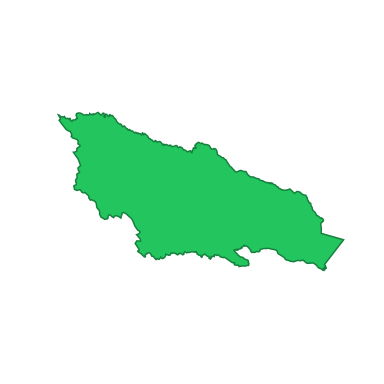 Tonila, Jalisco, Mexico (Equal Earth projection), rotated 143°
{"feature_id": "50627088B95272323140110", "entity_name": "Tonila", "entity_type": "district", "adm_level": 2, "iso_a3": "MEX", "parent_name": "Mexico", "parent_adm1": "Jalisco", "projection": "equal_earth", "projection_center": [-103.536, 19.429], "detail": "fine", "context": "isolated", "style": "filled", "palette": "green", "viewbox_px": 384, "rotation_deg": 143, "n_neighbors": 0, "source": "geoboundaries", "source_scale": "gbopen_adm2", "svg_char_len": 6124}
<svg xmlns="http://www.w3.org/2000/svg" viewBox="0 0 384 384"><g transform="rotate(143 192 192)"><path d="M106.5,98.4L106.0,101.5L106.5,104.4L106.2,105.9L105.4,107.2L105.1,109.8L104.1,111.2L104.2,112.1L104.9,112.7L105.0,113.3L104.5,113.9L104.5,115.9L103.5,118.1L103.1,120.9L104.2,122.1L105.5,124.3L105.7,126.5L107.1,128.7L108.0,129.3L110.8,129.2L111.2,130.6L112.0,135.5L115.4,136.6L117.5,138.1L119.1,140.0L119.8,141.9L120.5,142.6L120.3,144.4L121.0,145.4L121.2,147.5L122.2,148.8L122.5,150.4L123.0,150.9L122.9,151.3L123.5,151.7L124.2,151.3L124.4,152.7L125.7,153.1L125.8,154.0L127.3,155.2L128.9,158.7L130.5,160.2L130.6,162.0L133.0,164.9L133.6,166.7L136.3,169.0L137.1,172.7L136.6,175.3L136.7,176.0L138.6,177.4L139.1,178.6L140.3,180.1L144.5,181.2L145.3,182.3L145.4,183.1L145.1,183.8L145.4,184.3L145.7,188.3L146.2,189.3L145.9,195.0L145.5,197.2L146.3,198.4L146.2,199.6L146.4,200.6L147.3,201.2L148.0,203.8L149.2,206.4L147.6,209.6L147.2,211.2L147.4,212.4L148.2,213.5L149.2,213.5L150.4,214.3L150.7,215.4L150.3,218.4L150.6,219.5L152.1,221.4L153.8,222.7L154.5,225.0L155.9,225.4L156.7,227.5L157.0,227.8L159.6,228.0L160.3,227.2L161.5,227.6L161.9,227.1L162.1,225.3L162.4,224.7L163.0,224.8L163.7,226.2L164.3,226.3L168.4,223.5L168.8,223.8L168.9,224.6L168.2,225.7L170.2,226.6L171.5,226.7L172.3,229.8L173.4,230.7L173.3,233.6L174.5,235.4L176.3,235.6L176.5,236.1L176.2,237.8L176.8,238.8L179.3,239.4L180.9,240.8L180.9,242.1L181.2,242.6L182.3,242.7L182.8,243.2L184.0,245.5L185.3,245.9L185.7,247.1L186.1,247.2L186.6,246.6L186.9,246.9L187.0,247.5L186.8,248.8L187.1,251.2L187.4,251.8L190.0,252.9L189.9,254.1L190.4,255.2L191.2,254.7L192.3,255.4L192.6,256.3L192.6,257.4L193.4,259.0L193.5,260.0L194.2,260.7L193.8,263.3L194.6,267.0L195.5,266.9L195.9,267.7L196.5,267.3L196.6,268.0L195.8,268.7L195.9,269.0L198.1,268.2L198.2,269.6L198.5,270.1L199.8,270.9L199.6,271.5L200.5,271.9L200.4,272.5L200.9,272.7L201.0,273.5L202.3,273.7L202.8,276.4L203.8,277.3L203.8,278.4L204.6,278.8L204.6,279.6L205.7,279.9L205.5,281.2L206.1,281.7L206.4,285.6L208.2,285.9L207.9,288.6L208.2,289.4L209.2,290.1L209.5,291.6L209.7,293.5L209.1,296.3L209.6,297.2L209.5,300.5L209.8,301.2L210.6,301.5L210.9,303.1L211.7,303.3L212.1,302.4L213.5,302.7L213.4,305.4L214.1,306.1L215.0,305.6L216.2,304.2L216.8,304.2L217.0,305.2L216.0,305.9L215.0,307.7L215.1,308.1L216.0,308.6L217.8,308.0L218.6,308.5L219.1,312.1L223.3,312.9L223.6,313.5L224.0,313.1L224.6,313.2L224.8,314.2L226.1,314.7L226.5,316.2L227.1,315.6L228.5,315.8L229.7,317.4L231.1,317.6L232.0,318.6L233.4,321.8L234.7,323.2L236.9,324.1L237.7,323.7L238.6,322.5L239.0,321.2L239.0,320.5L239.5,319.7L240.3,320.2L241.9,319.9L243.9,321.2L245.3,320.7L246.0,322.3L245.2,323.2L245.1,324.2L245.4,324.4L246.2,324.1L246.9,325.6L248.3,326.4L248.6,326.8L248.5,329.0L249.4,328.7L249.9,329.9L251.0,330.5L251.7,331.8L251.7,333.1L252.3,334.0L252.7,331.0L253.2,329.4L254.9,329.3L255.0,327.0L254.9,318.1L254.3,315.9L252.8,313.5L253.6,309.8L254.9,309.3L255.1,308.4L254.5,306.5L253.4,305.1L252.2,303.0L252.1,301.9L253.2,299.9L254.1,299.2L254.0,298.3L253.5,297.7L253.3,296.6L253.8,296.1L257.7,296.1L259.3,294.0L261.9,294.5L262.8,295.1L263.1,286.7L265.1,280.2L268.4,279.9L269.0,279.2L269.8,277.3L269.7,275.8L270.1,275.2L272.6,275.7L273.4,275.4L275.1,272.5L277.8,271.6L278.8,270.0L279.1,268.5L280.2,267.4L282.3,268.1L282.9,267.8L283.4,266.3L284.3,264.9L282.9,262.4L280.2,261.4L279.9,260.2L280.1,258.2L279.4,256.8L277.7,255.8L277.0,251.6L277.2,250.4L278.0,249.2L278.1,246.7L277.0,246.4L275.2,243.2L275.2,240.8L277.1,237.3L277.4,235.8L277.1,233.4L278.0,231.3L279.2,229.8L279.8,226.6L278.7,224.4L278.2,222.7L275.8,221.5L275.0,221.6L273.4,223.3L272.4,223.6L271.3,223.3L270.7,220.2L270.0,218.7L269.0,219.2L267.1,219.1L265.4,216.7L264.5,214.0L260.3,217.2L258.7,216.6L257.6,213.9L257.1,210.7L256.3,207.3L256.6,204.7L258.1,199.2L258.3,194.7L258.2,193.6L257.4,192.5L257.6,191.3L259.7,190.5L261.9,191.3L261.6,185.7L262.6,183.7L265.5,186.2L268.3,185.1L268.8,178.3L269.3,177.3L270.7,177.5L271.1,177.0L269.9,173.7L269.1,168.8L268.3,168.3L267.8,168.8L267.8,169.5L267.3,169.8L265.7,170.1L265.1,169.7L264.2,170.2L262.4,168.7L262.4,168.0L262.1,167.6L262.8,165.0L261.7,163.9L261.5,159.8L261.3,159.6L260.5,160.1L258.8,158.1L258.4,157.9L256.2,158.8L255.9,156.8L255.2,156.8L254.8,156.2L252.9,156.4L251.2,157.1L250.3,158.0L248.7,155.5L247.2,154.8L245.8,155.7L244.8,155.5L244.7,154.9L243.2,154.5L242.2,152.5L241.8,152.4L241.6,150.8L240.6,150.3L239.8,150.6L239.4,150.3L238.4,150.4L237.4,148.5L237.2,147.4L236.0,147.2L234.7,148.5L233.8,148.7L232.9,146.7L232.0,146.6L231.9,146.2L230.4,145.3L228.0,144.4L225.8,142.1L225.6,142.3L224.6,142.0L224.9,139.9L225.3,139.4L224.6,137.6L223.7,136.8L223.7,134.2L222.8,134.1L221.9,135.3L219.7,134.6L219.3,134.8L218.3,131.4L217.5,130.5L217.7,129.1L218.2,128.9L217.7,127.4L216.4,127.7L216.4,128.4L215.7,128.4L215.3,128.8L214.4,127.9L213.5,128.1L213.0,127.1L212.2,128.2L211.6,128.3L210.3,126.4L209.1,126.2L208.6,125.2L208.5,123.5L206.6,120.8L205.2,120.1L202.4,111.4L201.5,110.4L200.6,110.2L200.5,109.9L201.8,108.8L201.9,108.1L199.0,105.5L199.0,104.6L199.3,104.2L196.1,102.5L193.7,100.6L192.3,100.3L191.0,99.3L189.5,100.7L189.5,101.6L188.4,103.2L188.5,104.2L190.3,106.6L190.7,109.1L192.5,111.2L193.1,113.5L193.1,115.0L193.7,118.7L193.4,120.3L192.0,119.9L192.0,119.4L191.2,119.3L191.4,118.8L190.6,118.3L190.5,119.0L190.2,118.9L189.7,118.5L189.9,118.1L188.6,118.1L187.7,117.5L186.6,117.9L186.1,117.2L185.5,117.9L184.4,117.7L182.4,118.0L182.3,117.7L182.6,117.2L181.5,116.7L180.4,114.7L180.2,110.7L180.8,109.0L180.6,107.8L178.2,106.0L175.9,105.4L174.6,104.0L173.3,104.0L172.1,105.0L168.4,103.6L166.8,102.1L165.3,101.5L159.9,95.2L159.5,93.9L160.4,91.2L157.8,84.4L157.9,82.0L157.7,81.2L156.0,79.1L155.2,77.6L152.6,75.0L149.5,74.1L147.8,73.0L147.0,71.9L144.3,70.8L143.3,66.4L142.8,65.6L137.8,62.3L136.7,58.9L136.6,55.3L135.0,52.7L134.5,50.6L133.8,50.0L133.7,50.3L134.1,51.7L133.5,51.8L132.4,50.4L131.7,52.2L131.1,52.2L130.9,50.5L130.6,50.4L130.4,50.8L129.6,54.4L99.7,62.6L113.7,81.2L110.7,85.0L108.4,89.0L107.7,89.5L104.6,89.8L104.0,90.3L103.7,91.3L104.1,93.3L105.0,93.8L105.2,94.5L105.6,96.6L106.5,98.4Z" fill="#22c55e" stroke="#15803d" stroke-width="1.5"/></g></svg>